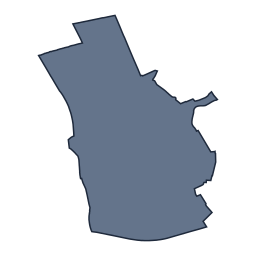 outline of Schiedam, Zuid-Holland, Netherlands
{"feature_id": "6326949B24591073914340", "entity_name": "Schiedam", "entity_type": "district", "adm_level": 2, "iso_a3": "NLD", "parent_name": "Netherlands", "parent_adm1": "Zuid-Holland", "projection": "robinson", "projection_center": [4.387, 51.93], "detail": "fine", "context": "isolated", "style": "filled", "palette": "slate", "viewbox_px": 256, "rotation_deg": 0, "n_neighbors": 0, "source": "geoboundaries", "source_scale": "gbopen_adm2", "svg_char_len": 5165}
<svg xmlns="http://www.w3.org/2000/svg" viewBox="0 0 256 256"><path d="M115.0,15.4L113.5,15.7L107.6,16.9L105.4,17.4L103.2,17.8L102.4,17.8L102.0,17.9L101.9,18.0L101.6,18.0L101.4,18.0L101.2,18.1L100.8,18.2L100.5,18.2L100.4,18.3L100.2,18.3L99.5,18.5L76.6,23.2L72.9,23.9L76.0,30.0L77.5,32.9L78.3,34.5L79.5,36.8L80.8,39.4L82.4,43.0L80.5,43.5L78.9,43.8L77.0,44.3L75.0,44.9L73.5,45.3L71.8,45.6L70.4,46.0L69.2,46.5L68.5,46.9L67.4,47.1L66.0,47.4L64.7,47.7L64.2,47.8L63.9,48.0L63.7,48.1L63.2,48.2L62.9,48.2L62.1,48.5L61.2,48.7L59.9,49.0L58.1,49.6L57.5,49.7L57.0,50.1L53.4,50.9L52.2,51.2L51.5,51.5L51.2,51.6L50.8,51.5L50.4,51.6L49.6,51.8L48.7,52.4L48.6,52.5L47.2,52.7L46.6,52.9L46.2,53.1L44.8,53.4L44.4,53.5L43.6,54.0L42.7,54.3L41.6,54.7L41.0,55.1L40.2,55.1L39.4,55.3L38.6,55.5L47.3,70.2L48.1,71.6L49.5,74.0L50.7,76.1L52.4,78.8L55.5,84.1L59.6,91.0L60.6,92.1L61.2,93.0L62.4,94.7L63.3,96.2L63.6,96.7L64.8,98.9L65.3,99.7L65.5,100.2L65.8,100.6L66.1,101.2L66.3,101.6L67.4,103.8L67.5,104.1L67.7,104.5L68.5,106.3L68.8,107.1L68.9,107.5L69.3,108.7L70.3,111.6L70.5,112.1L71.2,114.5L71.8,117.1L72.0,118.0L72.5,120.4L72.7,121.8L72.8,122.1L72.8,122.4L72.9,122.7L72.9,123.0L73.0,123.6L73.1,124.5L73.7,132.5L73.9,136.0L72.5,136.6L72.1,136.8L71.4,137.2L70.8,137.6L70.0,138.3L68.3,139.7L69.3,148.1L69.7,148.3L69.9,148.4L70.4,148.7L70.9,149.0L71.0,149.1L73.0,150.9L74.1,152.0L74.6,152.4L75.2,153.1L75.6,153.6L77.7,155.8L77.9,156.1L78.0,156.3L78.1,156.5L78.7,158.8L78.9,159.7L79.2,163.9L79.3,165.7L79.4,166.7L79.6,169.9L79.7,171.0L79.7,172.8L79.8,173.4L79.9,173.9L79.9,174.7L80.0,175.3L80.2,176.2L80.3,177.2L80.6,178.6L81.6,178.4L82.4,181.0L83.1,183.2L83.3,183.5L85.8,189.0L86.0,190.0L86.7,193.0L87.3,195.7L87.8,198.3L87.9,198.6L88.0,199.1L88.3,200.7L89.0,204.1L89.3,205.2L90.0,207.8L89.6,210.4L89.8,210.8L89.4,213.2L89.5,213.3L89.4,213.6L89.3,213.9L89.3,214.2L89.3,214.5L89.2,214.8L89.1,215.4L89.1,215.6L89.1,215.9L89.1,216.2L89.0,216.6L89.0,217.3L89.0,218.2L89.0,219.0L89.0,219.7L89.0,219.8L89.3,222.0L89.3,222.3L89.4,222.8L89.5,223.3L89.5,223.6L89.5,223.9L89.6,224.2L89.7,224.5L89.7,224.8L89.8,225.1L89.8,225.4L89.9,225.7L90.0,226.0L90.0,226.3L90.1,226.6L90.2,226.9L90.3,227.2L90.3,227.5L90.4,227.8L90.5,228.1L90.6,228.4L90.7,228.7L90.8,229.0L90.9,229.3L91.0,229.6L91.1,229.9L91.2,230.2L91.3,230.4L91.4,230.7L91.6,231.0L91.7,231.3L91.8,231.6L92.0,231.6L93.0,231.8L96.3,232.2L98.5,232.6L100.3,233.0L114.2,235.8L129.7,239.0L137.1,240.1L139.1,240.3L139.5,240.3L141.2,240.5L142.8,240.5L144.5,240.6L146.2,240.6L147.7,240.6L148.8,240.6L152.6,240.4L156.8,240.1L158.8,239.8L160.5,239.6L162.2,239.3L163.8,239.0L165.2,238.7L166.5,238.4L167.6,238.1L175.9,235.7L191.5,231.2L199.1,229.1L206.6,226.9L203.1,221.3L212.0,212.5L211.2,211.6L211.1,211.4L206.5,206.2L205.6,204.8L205.7,204.7L205.8,204.5L205.8,204.4L205.9,204.2L206.0,203.7L204.1,200.6L200.4,194.7L196.8,196.2L195.6,194.3L194.4,188.7L202.2,185.1L202.3,185.0L202.5,184.9L202.8,184.7L203.0,184.6L203.4,184.1L203.5,183.4L203.6,183.2L203.9,182.6L204.0,182.6L204.1,182.4L206.2,182.5L206.3,181.1L206.4,180.2L210.8,180.5L212.0,175.6L212.4,175.7L215.7,162.1L215.5,153.4L215.1,153.0L215.0,151.4L214.8,151.5L214.5,151.5L214.3,151.6L214.0,151.6L212.9,151.7L212.1,151.8L211.4,151.8L210.8,151.9L202.5,137.9L198.1,130.5L197.6,130.7L196.5,131.1L196.2,130.3L196.0,130.0L195.9,129.8L195.7,129.5L195.3,128.9L195.0,128.5L194.5,127.7L194.4,127.6L194.1,127.4L193.7,126.9L193.4,126.6L193.3,126.4L193.1,126.1L192.8,125.7L192.5,125.2L192.4,124.9L192.2,124.4L192.1,124.1L192.0,123.9L192.0,123.6L191.9,123.4L191.9,123.2L191.9,122.5L191.9,122.0L191.9,121.2L192.0,120.8L192.0,120.4L192.1,119.8L192.1,119.3L192.3,118.5L192.5,117.3L192.7,116.7L192.8,116.1L192.9,115.7L193.2,114.5L193.4,113.7L193.5,113.3L193.6,112.7L193.7,110.9L193.6,110.7L193.8,110.4L193.8,110.0L194.0,109.3L194.2,109.0L194.3,108.7L194.5,108.4L194.8,108.0L195.0,107.8L195.4,107.4L195.6,107.2L195.9,107.0L196.3,106.7L196.5,106.6L196.9,106.5L197.3,106.3L197.8,106.2L198.2,106.1L198.6,106.0L199.2,105.9L199.7,105.9L200.2,105.8L200.5,105.8L200.9,105.8L201.8,105.8L202.4,105.8L203.3,105.8L203.7,105.7L203.9,105.7L204.3,105.7L204.7,105.6L204.9,105.6L205.0,105.6L205.4,105.5L205.6,105.4L205.8,105.3L205.9,105.2L206.1,105.2L206.3,105.1L206.9,104.7L207.5,104.4L208.8,103.7L209.3,103.4L209.6,103.2L210.4,102.7L210.9,102.4L211.7,101.9L213.3,101.1L213.6,100.9L213.8,100.8L214.0,100.7L214.3,100.6L214.8,100.4L216.4,100.1L217.4,99.5L216.4,98.4L216.0,97.9L214.5,96.2L214.4,96.0L214.2,96.0L211.5,91.8L209.0,94.0L208.0,95.7L207.0,96.5L205.4,97.6L199.0,100.2L195.0,101.2L192.9,99.0L186.3,101.8L185.7,101.6L180.6,103.7L175.9,99.9L175.7,99.7L175.9,98.1L174.9,97.2L174.3,97.2L173.5,97.2L172.2,96.9L171.4,96.3L171.2,96.1L169.6,94.8L169.2,94.5L168.8,94.1L168.5,93.8L168.2,93.5L166.8,92.3L166.1,91.6L164.5,90.2L156.8,84.6L154.7,80.9L154.3,80.6L153.8,80.5L152.7,80.0L152.8,79.3L152.9,79.1L153.3,78.8L155.2,75.8L157.2,71.2L157.3,71.0L155.1,70.4L154.3,70.7L145.2,74.8L143.3,75.6L142.6,75.9L142.4,75.7L142.2,75.5L141.7,75.4L140.6,75.7L139.6,73.3L138.1,69.6L133.6,59.3L129.5,49.6L126.5,42.4L124.6,37.8L123.5,35.5L121.9,31.7L121.3,30.2L119.9,26.8L116.5,18.8L115.8,17.2L115.0,15.4Z" fill="#64748b" stroke="#1e293b" stroke-width="1.5"/></svg>